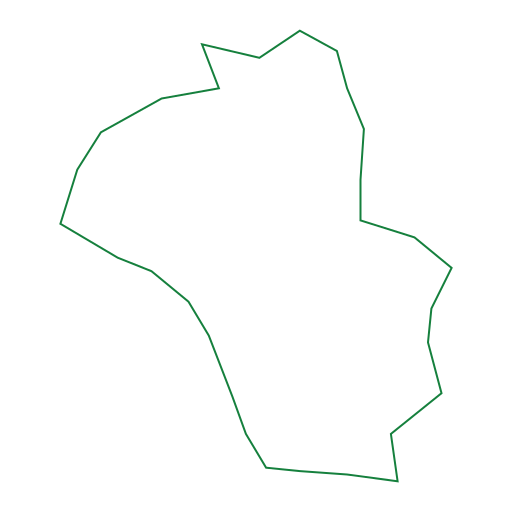 Kanli, Cyprus
{"feature_id": "46923920B42902060181801", "entity_name": "Kanli", "entity_type": "district", "adm_level": 2, "iso_a3": "CYP", "parent_name": "Cyprus", "parent_adm1": "", "projection": "mercator", "projection_center": [33.257, 35.232], "detail": "fine", "context": "isolated", "style": "outline", "palette": "green", "viewbox_px": 512, "rotation_deg": 0, "n_neighbors": 0, "source": "geoboundaries", "source_scale": "gbopen_adm2", "svg_char_len": 478}
<svg xmlns="http://www.w3.org/2000/svg" viewBox="0 0 512 512"><path d="M397.6,481.3L390.9,433.9L441.5,393.2L428.0,342.4L431.4,308.5L451.6,267.9L414.5,237.4L360.5,220.4L360.5,179.8L363.9,129.0L347.1,88.3L336.9,51.0L299.8,30.7L259.4,57.8L202.0,44.3L218.9,88.3L161.6,98.5L100.9,132.3L77.3,169.6L60.4,223.8L117.7,257.7L151.5,271.2L188.5,301.7L208.8,335.6L232.4,396.6L245.9,433.9L266.1,467.7L299.8,471.1L347.1,474.5L397.6,481.3Z" fill="none" stroke="#15803d" stroke-width="2"/></svg>